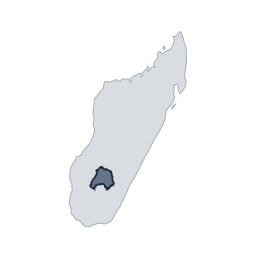 Ihosy, Ihorombe, Madagascar shown in context, rotated 12°
{"feature_id": "10022922B7074189327891", "entity_name": "Ihosy", "entity_type": "district", "adm_level": 2, "iso_a3": "MDG", "parent_name": "Madagascar", "parent_adm1": "Ihorombe", "projection": "natural_earth1", "projection_center": [45.83, -22.367], "detail": "fine", "context": "in_parent", "style": "filled", "palette": "slate", "viewbox_px": 256, "rotation_deg": 12, "n_neighbors": 0, "source": "geoboundaries", "source_scale": "gbopen_adm2", "svg_char_len": 7673}
<svg xmlns="http://www.w3.org/2000/svg" viewBox="0 0 256 256"><g transform="rotate(12 128 128)"><path d="M163.3,28.5L163.9,30.1L164.7,31.6L166.9,35.4L167.8,36.9L168.6,38.4L169.0,41.5L170.4,46.3L171.7,53.4L172.1,60.8L172.4,64.2L173.5,67.4L175.1,70.7L175.7,74.3L174.6,78.1L173.1,81.7L172.7,82.4L172.0,83.3L171.7,83.2L170.5,82.3L169.5,80.8L168.3,77.3L167.8,75.5L167.3,75.2L165.9,75.3L164.8,76.5L164.6,77.2L164.8,79.2L165.2,81.0L165.4,82.8L165.4,85.1L165.8,85.8L166.4,86.4L167.0,87.9L167.0,91.5L166.7,93.3L165.6,94.8L165.7,95.7L166.1,96.6L165.7,97.1L164.3,97.8L163.8,98.4L163.0,100.0L161.8,103.2L161.7,104.9L162.4,109.9L162.2,113.4L160.6,120.3L159.7,123.5L158.5,127.4L156.5,132.5L154.6,138.8L153.0,145.4L151.8,149.4L150.5,153.3L148.6,160.2L147.1,167.2L144.7,174.9L141.5,183.5L141.2,184.6L140.5,189.0L139.8,192.8L138.9,196.6L137.2,202.8L136.9,204.7L136.5,206.6L134.8,210.5L134.1,211.9L133.6,213.5L133.3,215.4L132.8,217.3L131.5,220.8L129.7,223.8L128.4,224.9L125.7,226.5L124.3,226.8L121.2,226.8L118.3,227.7L115.2,229.4L112.2,231.4L111.1,232.4L109.8,232.9L105.9,233.0L104.7,232.6L100.8,229.3L99.3,228.8L96.4,228.4L95.5,228.1L94.7,227.6L93.5,225.9L91.2,224.5L90.7,224.1L90.3,223.1L90.1,222.0L89.5,220.8L89.0,218.5L88.2,216.9L86.1,214.1L85.9,213.2L85.7,210.2L85.7,208.2L85.5,204.5L85.8,202.8L86.5,201.2L86.2,199.5L85.4,197.7L85.1,195.9L84.5,194.2L82.2,191.1L81.7,189.7L81.3,188.1L80.4,183.3L80.3,181.6L80.4,178.1L80.7,176.3L81.3,175.0L81.4,174.1L81.8,173.2L82.3,172.6L82.7,171.8L83.5,167.3L84.5,166.3L86.1,165.7L87.4,164.5L88.1,162.9L88.8,159.7L90.8,156.4L91.5,154.7L93.1,152.1L94.5,148.4L95.0,146.7L95.3,144.9L95.6,141.1L95.9,139.2L95.8,137.3L95.0,135.3L93.0,131.8L93.0,131.1L93.1,128.5L93.0,126.5L92.2,124.6L91.3,122.9L90.4,119.5L89.9,114.0L90.0,112.0L89.8,110.2L89.1,108.5L89.6,105.6L95.4,94.8L95.6,93.6L95.3,90.3L95.4,88.4L95.6,87.7L96.1,87.3L97.1,87.1L101.8,86.6L102.4,86.3L103.6,85.4L105.2,83.6L106.0,83.1L106.6,83.3L107.0,84.1L107.5,84.5L109.5,83.7L110.2,83.7L110.9,83.8L111.3,83.1L111.5,82.1L111.8,81.4L112.3,81.0L114.7,80.8L116.3,80.5L118.3,79.8L118.8,80.0L120.4,82.4L120.9,82.6L121.6,82.7L122.1,82.3L120.8,81.0L120.6,80.3L120.6,79.5L121.4,77.7L122.6,76.3L125.2,74.3L128.0,71.9L128.8,71.8L129.4,72.1L129.9,74.9L129.9,75.4L130.3,75.4L130.8,75.1L131.3,74.0L131.3,73.0L130.9,72.1L130.8,71.4L130.7,70.7L132.1,69.0L133.2,67.5L133.8,65.6L134.2,64.7L135.4,63.7L135.7,63.9L136.0,64.7L136.1,65.5L135.8,66.4L135.4,67.2L135.2,68.3L135.9,68.5L136.5,68.2L137.4,66.2L138.4,64.4L139.0,63.4L139.8,62.7L141.1,62.8L142.3,63.3L140.3,61.3L139.8,58.6L142.2,53.9L142.2,52.9L142.6,52.6L142.8,52.2L141.5,50.6L141.3,49.8L141.4,48.6L142.0,47.6L142.6,46.8L143.4,46.5L144.0,46.9L145.3,48.2L146.2,48.4L147.3,47.2L148.2,45.6L149.6,44.6L151.1,43.9L153.4,41.4L155.0,36.3L155.1,34.8L154.8,32.9L154.2,31.2L153.3,29.1L153.6,28.6L154.8,28.9L155.3,28.6L156.7,26.6L159.0,23.0L159.7,23.0L160.3,23.7L160.6,24.7L161.0,25.4L162.6,27.2L163.3,28.5ZM147.4,42.9L147.4,43.5L145.7,43.3L145.4,41.3L146.2,41.2L146.4,40.5L147.0,40.4L147.5,42.1L147.4,42.9ZM168.3,97.9L166.8,100.8L167.2,98.4L169.0,95.0L169.5,94.7L168.3,97.9Z" fill="#d9dde1" stroke="#a8b0b8" stroke-width="1"/><path d="M118.4,173.7L118.1,173.6L117.9,173.6L117.7,173.6L117.5,173.4L117.4,173.2L117.2,173.2L116.8,173.3L116.6,173.3L116.4,173.1L116.2,173.1L115.9,173.2L115.8,172.9L115.7,172.5L115.4,172.5L115.4,172.8L115.2,172.9L114.8,173.2L114.5,173.2L114.3,173.5L114.0,173.5L113.8,173.4L113.5,173.6L113.4,173.4L113.1,173.2L112.9,172.7L112.6,172.6L112.5,172.4L112.4,172.4L112.4,172.5L112.1,172.3L111.9,172.3L111.6,172.3L111.5,172.2L111.4,172.0L111.4,171.8L111.2,171.6L110.8,171.6L110.8,171.4L110.7,171.4L110.4,171.4L110.2,171.3L109.9,171.4L109.8,171.5L110.2,172.4L109.8,172.3L109.6,172.3L109.4,172.2L109.3,172.3L109.1,172.5L108.8,172.6L108.7,172.4L108.5,172.5L108.5,172.9L108.2,173.1L107.9,173.7L107.7,174.1L107.6,174.4L107.8,174.7L107.7,175.1L107.6,175.4L107.4,175.5L107.5,175.7L107.4,175.8L107.2,175.7L106.9,175.6L106.6,175.7L106.4,175.8L106.1,175.5L105.8,175.8L105.8,176.0L105.9,176.8L106.2,176.8L106.3,176.9L106.4,176.7L106.6,176.6L106.6,177.1L106.8,177.3L106.8,177.8L106.8,178.0L106.6,178.4L106.8,178.5L106.8,179.0L106.9,179.4L107.0,179.4L107.1,179.5L106.9,179.9L106.8,180.0L106.7,180.1L106.9,180.4L106.9,180.7L106.8,180.8L106.8,181.0L106.6,181.0L106.5,180.9L106.3,181.1L106.4,181.3L106.2,181.4L106.2,181.6L106.2,181.9L106.2,182.1L106.3,182.5L106.3,182.8L106.0,182.9L105.9,182.9L105.9,183.0L105.8,183.3L105.6,183.4L105.7,183.6L105.7,183.8L105.5,184.1L105.4,184.1L105.2,184.8L104.7,185.0L104.4,185.3L104.3,185.9L104.2,186.0L104.1,186.3L104.1,186.8L104.1,187.0L103.9,187.3L103.5,187.9L103.5,188.0L103.7,188.5L103.8,188.9L103.7,189.1L103.4,189.2L103.4,189.3L103.6,189.6L103.5,189.8L103.7,190.0L103.9,190.1L103.9,190.4L104.0,190.8L104.2,191.0L104.1,191.3L103.9,191.3L103.7,191.4L103.0,191.5L103.0,192.0L102.9,192.1L103.2,192.8L103.3,192.8L103.5,193.0L103.8,193.3L104.0,193.4L104.1,193.7L104.5,193.8L104.7,193.7L104.9,193.7L105.2,193.9L105.7,193.9L106.1,194.1L106.3,194.5L106.6,194.3L106.6,194.5L106.9,194.6L107.0,194.6L107.3,194.6L107.5,194.7L107.7,194.8L107.6,194.6L107.8,194.6L107.8,194.8L108.0,194.4L107.9,194.1L107.9,193.7L107.9,193.3L107.9,192.8L108.0,192.7L108.0,192.4L108.0,192.2L108.0,191.9L108.1,191.6L108.3,191.7L108.2,191.4L108.4,191.3L108.3,191.2L108.4,190.7L108.6,190.9L108.9,190.6L108.8,190.4L108.9,190.5L109.3,190.5L109.3,190.3L109.4,190.2L109.5,190.2L109.9,190.1L109.9,189.9L110.0,189.8L110.3,189.7L110.5,189.5L110.8,189.2L110.9,189.3L111.2,189.2L111.5,189.0L111.6,188.9L111.8,189.1L111.8,188.9L112.1,189.0L112.2,188.8L112.3,188.8L112.3,188.7L112.5,188.7L112.7,188.8L113.0,188.7L113.2,188.4L113.3,188.3L113.5,188.3L113.5,188.2L113.5,188.3L113.6,188.1L113.8,188.2L114.0,188.1L114.3,188.1L114.3,187.9L114.5,187.9L114.8,187.9L114.8,188.1L115.0,187.9L115.1,188.0L115.2,187.9L115.3,188.0L115.5,188.0L115.6,187.8L115.6,188.1L115.9,188.1L116.0,187.9L116.0,188.2L116.3,188.2L116.4,188.3L116.5,188.4L116.6,188.6L117.0,188.7L117.0,188.8L117.1,189.0L117.3,188.9L117.4,189.7L117.4,189.8L117.7,189.9L117.7,190.0L117.8,190.0L117.9,190.3L118.0,190.1L118.3,190.2L118.5,190.4L118.8,190.5L118.9,190.4L119.1,190.5L119.1,190.8L119.2,191.1L119.3,191.4L119.4,191.5L119.7,192.2L119.7,192.4L119.8,192.6L119.9,192.9L120.2,192.8L120.3,192.6L120.5,192.4L121.0,192.3L121.0,192.2L120.9,191.6L120.8,191.3L120.7,191.2L120.6,190.8L120.9,190.7L121.1,190.8L121.2,190.7L121.3,191.1L121.5,191.2L121.6,191.3L121.9,191.1L122.0,190.9L122.0,190.6L122.2,190.4L122.3,190.4L122.3,190.2L122.6,190.0L122.4,189.4L122.2,189.0L122.3,188.8L122.5,189.0L122.6,188.9L122.5,188.4L122.8,188.0L123.0,187.9L123.4,187.6L123.6,187.6L123.8,187.8L124.0,187.7L124.3,187.6L124.3,187.8L124.5,187.6L124.3,187.3L124.2,187.0L124.1,186.8L124.2,186.5L124.4,186.4L124.6,186.4L124.8,186.3L125.0,186.2L125.3,186.0L125.6,186.3L125.5,185.5L125.7,185.0L125.7,184.9L125.6,184.6L125.6,184.3L125.1,184.1L125.0,183.9L124.8,183.8L124.8,183.6L124.7,183.5L124.4,183.7L124.2,183.4L124.1,183.5L124.0,183.4L124.0,183.5L124.0,183.2L123.8,183.0L123.7,182.9L123.8,182.6L123.7,182.6L123.5,182.4L123.7,181.8L123.7,181.7L123.5,181.4L123.5,181.2L123.5,180.9L123.3,180.7L123.2,180.3L123.1,180.2L123.1,179.7L123.2,179.3L123.2,179.1L123.0,178.9L123.0,178.7L122.8,178.5L122.5,178.5L122.4,178.8L122.3,178.7L122.2,178.4L121.9,178.1L121.8,177.6L122.1,177.3L122.1,177.1L121.9,176.9L122.1,176.4L121.9,176.6L121.7,176.4L121.4,176.3L121.4,176.2L121.4,175.7L121.1,175.5L121.1,175.4L121.2,175.1L120.9,174.7L120.9,174.8L120.8,175.0L120.5,175.0L120.4,174.7L120.5,174.2L120.3,174.0L120.0,174.2L119.9,174.1L119.7,174.0L119.5,174.3L119.4,174.1L119.4,173.9L119.1,173.6L118.9,173.6L118.4,173.7Z" fill="#64748b" stroke="#1e293b" stroke-width="1.5"/></g></svg>